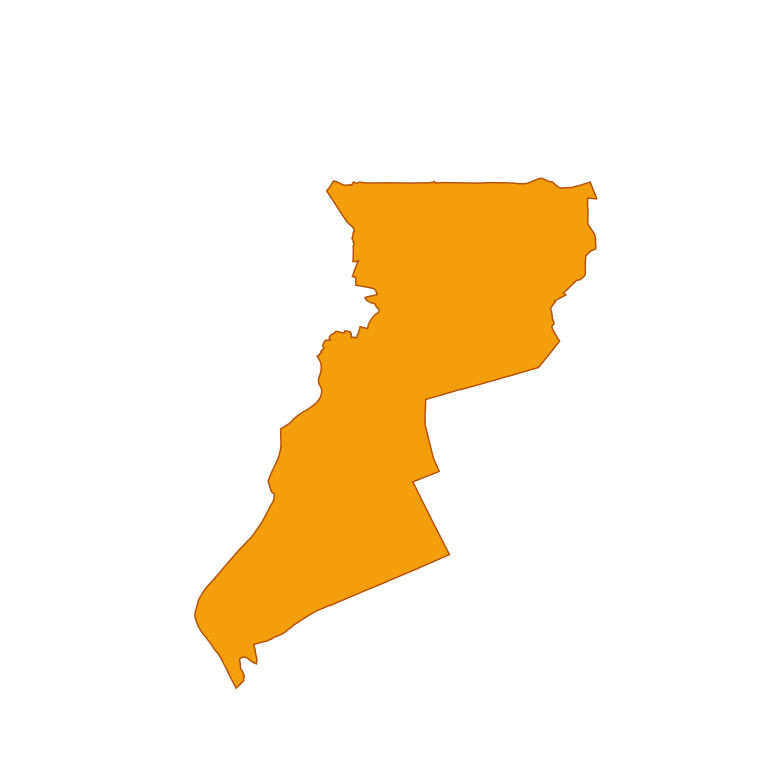 Huyen Cao Lanh, Ðong Tháp, Vietnam (Mercator projection), rotated 63°
{"feature_id": "81297802B29684412204466", "entity_name": "Huyen Cao Lanh", "entity_type": "district", "adm_level": 2, "iso_a3": "VNM", "parent_name": "Vietnam", "parent_adm1": "Ðong Tháp", "projection": "mercator", "projection_center": [105.693, 10.483], "detail": "fine", "context": "isolated", "style": "filled", "palette": "amber", "viewbox_px": 768, "rotation_deg": 63, "n_neighbors": 0, "source": "geoboundaries", "source_scale": "gbopen_adm2", "svg_char_len": 6110}
<svg xmlns="http://www.w3.org/2000/svg" viewBox="0 0 768 768"><g transform="rotate(63 384 384)"><path d="M555.5,548.7L556.3,536.4L556.8,532.0L557.1,531.6L557.4,524.7L558.3,512.3L559.0,502.8L559.4,496.5L561.0,477.0L561.8,464.2L562.0,461.3L562.0,460.4L563.4,441.8L563.6,440.6L563.8,434.6L564.6,422.4L565.6,403.1L527.2,403.2L521.9,403.0L514.7,403.1L484.3,402.7L485.4,390.2L486.1,384.3L486.9,374.5L473.0,373.7L470.7,373.2L463.9,371.7L439.2,365.9L431.5,362.2L429.7,361.2L426.9,359.5L424.5,358.2L418.2,354.7L416.7,354.0L418.4,344.7L419.8,338.1L423.4,318.5L423.8,318.4L427.0,303.0L429.4,290.4L431.5,280.4L432.4,275.1L434.6,264.5L439.4,238.7L431.0,220.0L425.5,208.0L423.4,208.3L419.3,208.6L414.5,208.9L411.9,208.9L408.8,208.4L407.9,205.8L407.7,205.4L407.1,204.9L406.3,204.6L404.7,204.4L402.2,204.2L401.2,204.0L400.9,203.9L400.6,203.6L396.1,202.0L393.0,201.6L392.0,200.9L390.4,198.1L388.7,194.1L387.4,194.6L387.2,181.5L384.4,182.7L379.2,165.7L379.2,165.1L380.1,161.6L379.8,160.2L379.2,158.0L378.5,156.0L378.1,155.5L377.4,154.9L374.5,153.2L372.3,152.1L369.4,150.7L366.3,149.0L362.5,146.7L361.5,145.8L361.2,145.3L360.8,144.2L360.2,142.2L360.0,140.6L359.8,140.0L359.6,139.8L359.2,139.6L359.2,139.3L359.8,134.8L359.7,134.4L359.3,133.7L358.5,133.3L355.5,131.9L351.9,130.3L349.0,129.1L347.5,128.7L345.5,128.5L338.9,129.2L334.2,129.9L321.4,123.1L317.5,121.7L313.6,119.6L310.9,118.3L311.4,117.3L315.5,110.6L315.3,110.3L314.9,110.1L306.3,109.5L297.7,108.6L296.3,117.3L294.7,124.9L294.4,127.0L291.8,132.5L290.1,136.8L289.7,137.6L289.3,138.0L288.8,138.5L288.1,138.9L286.0,140.0L283.3,141.2L280.6,142.0L278.2,145.2L277.3,146.1L275.4,147.3L273.3,149.2L272.3,150.2L271.5,152.0L271.2,153.6L270.7,161.1L270.1,166.1L269.9,166.5L268.0,170.6L266.1,174.2L264.4,176.5L260.8,182.8L252.2,199.2L250.5,203.1L246.3,211.8L237.3,228.7L235.6,232.0L231.9,238.9L231.1,240.5L228.3,247.0L227.7,246.7L226.4,247.7L226.2,248.0L226.7,248.9L225.9,250.4L225.3,252.4L215.9,271.3L209.7,283.1L204.8,292.7L198.1,306.1L196.9,308.3L193.2,313.9L192.9,314.4L192.9,314.7L192.9,317.2L192.7,317.6L192.3,317.9L190.2,319.4L190.2,319.6L191.0,321.0L192.2,322.6L191.6,323.1L191.2,323.7L189.4,328.1L189.2,328.6L188.4,329.6L187.4,330.5L186.0,331.5L182.1,334.6L180.1,336.7L183.5,342.2L184.5,344.3L186.0,347.4L188.4,347.1L207.1,345.2L222.4,343.4L225.3,342.5L230.1,340.6L230.5,340.5L231.2,340.5L232.0,340.6L234.0,341.1L234.4,341.3L234.7,341.6L234.6,342.2L234.8,342.4L235.2,342.8L236.8,343.6L237.4,344.1L238.4,344.9L239.5,346.1L239.7,346.4L240.2,346.4L241.0,346.4L242.6,345.9L242.7,346.0L243.1,347.0L243.5,347.2L244.4,346.9L244.8,346.9L245.7,347.5L247.6,349.1L249.8,350.0L256.9,353.8L258.2,354.5L260.8,356.1L262.1,353.7L262.4,352.9L262.5,351.0L269.8,359.2L274.0,363.4L276.2,360.8L283.2,364.2L289.7,355.5L294.2,349.8L295.0,349.5L296.6,349.2L297.4,348.9L298.1,349.0L299.3,349.3L301.4,349.4L298.4,360.5L298.6,361.8L299.9,361.7L301.3,361.4L302.2,361.1L303.0,360.7L303.2,360.4L304.0,359.8L305.5,358.9L306.1,358.3L307.5,356.4L308.1,355.9L308.6,355.7L309.4,355.6L310.7,355.8L311.7,355.8L313.7,355.3L315.0,354.7L315.5,354.8L316.3,354.9L316.9,355.3L317.6,356.3L317.7,356.7L318.4,361.1L319.1,363.0L320.7,366.2L322.0,368.3L323.6,370.4L324.9,371.7L326.7,373.0L327.0,373.2L327.0,373.3L327.0,373.5L326.6,374.1L323.8,377.4L322.1,379.2L326.7,383.4L327.8,384.8L328.4,385.7L328.7,386.1L329.0,386.3L329.7,386.5L329.9,386.7L330.1,388.2L330.1,388.4L329.7,388.7L329.3,388.9L328.6,389.5L328.2,390.2L328.1,390.8L328.0,391.8L327.6,391.6L326.5,391.5L325.1,391.1L325.1,390.9L324.5,390.3L323.6,390.4L322.6,390.3L321.8,390.9L321.4,391.5L320.5,392.3L318.9,394.8L320.4,396.4L320.5,396.7L320.4,397.0L319.9,397.5L318.7,398.5L318.4,399.0L318.2,399.6L317.7,400.2L316.7,400.9L316.1,401.4L315.7,402.0L315.4,402.6L315.3,403.1L315.3,403.8L316.3,405.3L316.4,405.7L316.4,405.9L316.2,406.8L316.3,407.5L316.0,408.2L316.0,408.5L316.4,409.2L317.2,411.1L317.4,411.4L317.7,411.6L319.3,412.4L319.8,412.2L320.5,411.8L320.6,412.3L320.0,413.3L318.6,415.8L318.5,416.5L318.8,417.0L320.6,419.7L321.9,421.2L322.3,421.3L322.7,421.4L324.2,421.0L324.8,421.1L325.0,421.5L326.1,425.2L327.2,425.0L327.8,427.0L328.0,428.0L328.7,428.0L328.8,430.9L332.5,430.6L335.2,430.7L336.5,430.9L338.1,431.3L339.6,431.8L342.1,433.1L343.4,434.0L345.0,435.3L346.5,436.7L349.3,439.5L350.8,440.6L351.9,441.2L353.9,441.8L358.7,441.8L359.8,441.9L360.5,442.1L362.8,443.2L364.7,444.5L365.5,445.3L366.5,446.3L367.2,447.2L368.8,449.7L369.4,451.1L370.1,453.2L370.8,456.0L371.5,460.1L371.8,462.3L372.1,465.7L372.2,468.5L372.5,471.8L372.6,472.9L373.4,477.2L374.2,480.7L374.6,481.7L376.1,485.4L376.3,486.4L376.4,489.3L377.1,496.5L389.3,502.3L391.8,503.6L396.1,506.5L398.4,508.4L400.8,510.7L403.2,513.3L410.2,522.4L413.5,526.4L415.5,528.8L416.9,530.3L418.1,531.4L418.4,531.5L420.6,531.7L425.1,532.7L428.6,533.1L429.6,533.0L430.5,532.7L430.9,532.3L431.2,531.8L431.4,531.4L432.6,531.9L436.5,534.4L437.2,534.9L438.7,536.7L439.7,538.2L442.0,541.8L448.7,551.2L451.8,555.8L456.3,563.8L459.0,569.0L461.1,574.0L461.9,576.7L463.4,580.6L465.7,587.6L469.1,595.9L470.5,599.6L474.7,609.8L477.9,617.3L482.3,628.3L482.9,630.0L484.7,634.8L486.5,638.2L488.1,641.1L489.0,642.3L491.3,646.0L493.4,648.5L496.2,650.8L501.2,655.3L503.5,657.1L504.7,657.7L505.9,658.2L508.4,658.7L509.7,659.0L513.9,659.4L518.7,659.4L523.5,658.9L527.3,658.0L534.1,656.7L543.8,655.5L549.5,654.2L554.5,653.7L568.2,653.8L574.5,654.0L583.0,653.8L587.9,653.9L587.6,653.2L586.5,649.1L586.0,647.8L585.5,646.6L584.8,644.0L584.5,643.6L583.7,643.2L580.2,640.9L579.7,640.8L578.3,640.8L577.2,640.6L576.2,640.5L575.5,640.5L573.7,640.9L572.7,640.9L571.7,640.6L570.1,640.1L566.8,638.7L566.4,638.6L565.3,638.4L563.7,637.6L563.6,637.4L563.1,635.6L563.1,635.0L563.4,634.2L563.4,633.7L563.4,633.3L563.7,632.8L565.1,630.9L565.6,630.6L568.6,629.1L572.4,627.2L575.2,624.9L575.4,624.8L575.3,624.6L575.0,624.3L571.2,622.1L570.5,621.9L565.9,620.8L563.7,620.0L559.6,618.8L557.0,618.3L558.3,611.4L558.8,609.1L559.9,605.1L559.9,602.7L560.2,599.4L559.8,599.2L560.0,595.3L560.5,589.3L560.5,587.9L560.1,584.1L559.1,580.0L558.7,576.5L557.8,573.8L557.2,567.9L556.3,559.0L555.5,548.7Z" fill="#f59e0b" stroke="#b45309" stroke-width="1.5"/></g></svg>